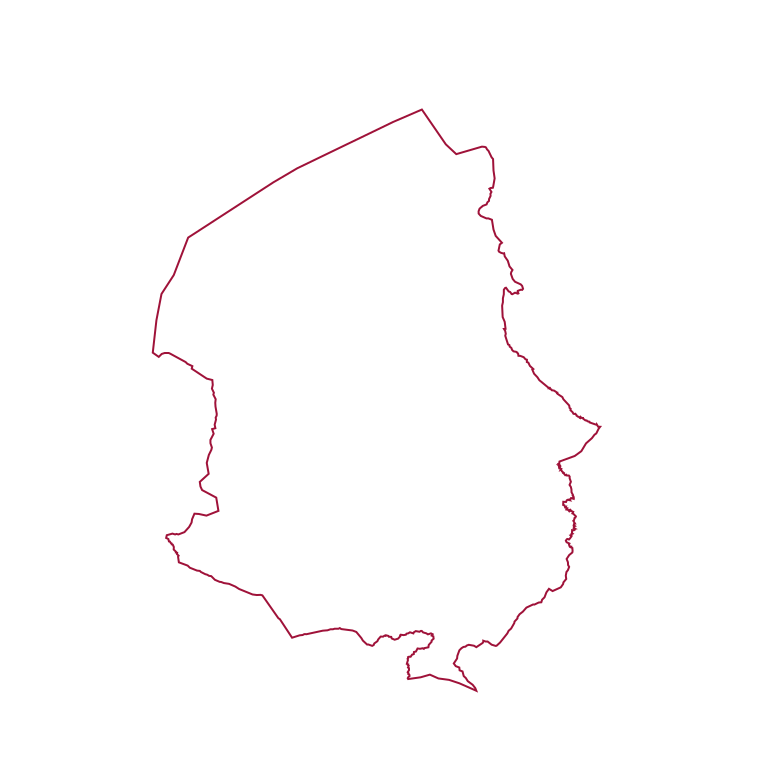 Pru East, Brong Ahafo, Ghana (Robinson projection), rotated 291°
{"feature_id": "2480657B24672710685383", "entity_name": "Pru East", "entity_type": "district", "adm_level": 2, "iso_a3": "GHA", "parent_name": "Ghana", "parent_adm1": "Brong Ahafo", "projection": "robinson", "projection_center": [-0.909, 8.134], "detail": "fine", "context": "isolated", "style": "outline", "palette": "rose", "viewbox_px": 768, "rotation_deg": 291, "n_neighbors": 0, "source": "geoboundaries", "source_scale": "gbopen_adm2", "svg_char_len": 6166}
<svg xmlns="http://www.w3.org/2000/svg" viewBox="0 0 768 768"><g transform="rotate(291 384 384)"><path d="M653.8,321.0L632.0,298.7L554.3,225.7L532.7,208.5L450.5,148.7L410.4,148.7L388.3,144.0L361.9,148.7L330.4,156.9L328.6,164.0L332.4,165.7L334.4,168.2L335.8,171.9L335.7,173.6L333.4,190.9L332.4,193.2L332.0,198.7L329.4,199.0L325.5,216.6L326.2,222.3L321.7,224.5L318.0,225.0L314.9,228.3L312.9,228.5L309.5,232.3L306.0,233.2L302.5,234.8L296.1,238.6L294.4,239.1L292.3,238.9L290.6,239.9L285.3,240.5L282.3,242.4L280.3,239.7L276.5,242.8L269.6,242.0L266.5,243.2L263.0,246.1L260.7,246.4L255.0,245.9L246.8,246.8L237.3,252.5L226.6,247.1L222.5,249.4L219.8,252.2L217.8,268.1L206.2,274.9L197.5,265.4L196.3,257.7L195.0,253.5L188.9,253.3L185.7,254.0L180.7,253.3L174.2,250.8L169.9,246.0L169.6,243.9L168.7,242.9L168.5,240.1L165.0,235.4L162.2,235.8L162.0,238.2L160.0,239.6L160.2,240.4L159.1,242.0L159.0,242.9L158.2,243.3L158.3,244.4L156.5,246.2L154.1,247.0L152.8,250.0L152.1,250.1L152.3,251.4L151.0,251.7L150.1,253.8L149.0,253.6L144.0,256.4L144.1,265.8L142.9,268.6L142.8,276.3L143.5,279.0L142.9,280.4L142.4,285.3L142.6,287.4L142.2,289.3L142.7,291.6L140.6,296.3L140.4,301.5L140.8,302.9L140.8,305.9L141.9,311.0L141.6,317.8L140.7,322.2L140.4,336.7L141.4,340.9L142.9,344.3L143.1,346.2L127.5,369.3L127.1,371.1L114.2,389.1L119.2,395.4L120.5,398.0L121.9,399.2L122.7,401.4L131.8,415.3L133.8,419.5L135.8,421.9L136.7,424.2L137.9,425.7L139.2,429.2L140.3,430.2L139.9,431.9L142.6,443.0L142.6,447.0L138.7,453.9L136.9,456.2L134.7,461.6L135.2,462.7L135.3,466.8L136.6,467.9L138.3,467.9L141.5,470.0L143.4,470.1L147.0,471.4L147.8,473.7L149.3,474.7L149.4,475.7L150.1,475.8L150.4,478.4L149.8,479.1L150.5,481.4L149.2,482.4L149.1,485.6L151.3,488.4L154.4,489.6L155.1,489.1L155.9,489.4L156.6,492.3L157.8,494.3L159.0,494.5L159.9,496.0L161.5,497.2L161.7,500.8L162.8,500.8L164.7,502.2L165.4,505.9L166.7,506.9L167.0,507.7L166.1,509.5L166.4,512.9L166.0,514.7L168.0,517.2L167.8,519.1L166.2,518.7L166.1,520.5L164.0,521.6L161.6,520.4L160.4,520.8L156.5,519.3L154.1,519.8L151.8,516.2L151.0,516.1L151.1,514.7L149.7,512.5L149.1,510.1L145.7,509.7L144.5,508.0L142.5,508.6L141.4,507.2L138.9,506.6L138.4,505.1L137.6,504.3L136.8,504.8L135.9,504.5L134.9,505.3L130.9,505.6L130.9,507.0L130.2,507.0L129.9,508.0L127.9,508.0L127.7,509.1L125.8,509.9L123.4,509.4L122.8,510.5L122.0,510.5L121.7,511.8L120.5,512.5L119.0,511.7L117.8,511.6L117.2,512.3L123.3,523.3L129.1,531.0L128.6,540.3L131.1,550.8L131.6,561.7L130.7,580.1L132.8,578.2L135.0,574.5L136.6,568.7L138.8,565.8L139.9,563.1L143.8,560.3L143.8,557.2L146.3,555.9L146.3,552.1L148.1,549.3L153.9,550.6L156.5,549.9L162.4,549.8L165.1,551.0L167.0,552.4L168.0,554.2L169.5,555.0L170.9,556.6L171.9,561.8L171.4,564.5L177.6,568.9L179.0,569.1L179.9,568.7L180.0,571.2L180.7,573.1L179.2,577.9L179.5,582.1L180.0,582.9L184.2,585.0L195.3,588.5L198.3,588.8L201.2,590.3L207.5,591.3L209.0,591.0L212.9,592.6L214.3,592.2L217.7,593.1L221.2,595.2L226.3,597.1L231.6,602.2L232.0,603.5L235.4,606.7L236.6,609.1L239.3,608.9L242.4,610.3L247.7,610.3L251.9,611.4L251.1,615.6L257.5,621.9L261.4,622.9L263.1,622.6L267.3,624.0L270.2,622.4L273.9,621.7L276.1,622.4L279.6,622.4L281.0,620.7L283.5,619.6L286.1,617.2L290.7,618.2L294.2,620.2L295.7,619.9L298.4,618.6L298.5,616.6L299.2,616.8L299.0,615.4L300.4,614.2L301.5,614.3L301.7,611.2L302.9,609.9L304.6,610.3L305.2,611.1L305.1,612.4L306.3,612.9L308.9,613.6L309.5,612.4L310.1,613.2L310.9,612.7L311.9,613.7L312.2,612.9L315.0,612.0L315.4,613.6L316.2,614.2L316.8,613.6L317.3,614.3L317.5,612.7L318.5,612.9L319.1,612.3L319.8,613.1L320.2,611.7L321.6,611.6L322.1,612.4L324.1,609.8L325.0,610.2L327.3,609.9L327.8,610.5L329.2,610.6L330.7,607.2L330.7,606.3L332.4,606.5L332.6,604.4L333.4,602.9L333.0,602.5L332.1,603.2L331.5,602.7L332.5,600.9L332.2,599.3L333.7,599.6L333.6,597.8L334.7,597.8L334.2,596.9L335.4,595.9L335.3,594.6L338.3,593.6L339.1,596.2L340.9,596.3L341.7,596.9L342.1,599.2L342.6,598.4L343.2,599.3L344.5,599.5L344.7,601.8L345.2,601.4L345.4,602.1L346.5,601.6L347.3,600.3L346.8,599.8L348.0,600.3L350.1,597.9L352.9,596.7L354.9,595.3L356.3,593.4L359.7,593.5L362.5,591.1L364.1,590.5L364.8,589.4L364.1,587.5L364.6,586.7L363.8,585.9L364.8,584.1L365.3,584.0L365.2,583.0L365.7,582.9L366.2,581.4L367.6,580.1L367.2,579.7L368.3,579.8L368.1,578.8L368.8,578.4L368.3,577.7L369.4,577.0L370.2,577.7L370.8,575.8L371.4,576.9L372.1,575.6L372.5,576.1L374.5,575.6L385.2,587.9L392.0,592.3L401.0,593.9L407.9,597.5L412.1,598.7L413.9,599.9L419.1,600.4L421.5,601.1L420.9,599.2L422.6,597.0L422.1,597.0L422.0,595.6L421.8,589.7L422.4,589.3L422.1,587.3L422.6,586.3L422.2,585.1L423.0,582.3L423.6,582.0L423.1,580.4L423.6,579.5L422.5,579.5L422.5,578.9L423.2,577.8L423.0,576.9L423.5,575.0L424.0,574.8L424.8,573.2L424.2,572.4L424.1,571.5L425.3,570.1L426.4,567.4L427.7,567.2L428.2,565.8L430.3,564.6L434.0,557.0L435.7,555.2L436.9,549.8L437.9,549.1L437.5,548.6L438.2,547.9L438.8,545.1L438.3,542.8L438.9,542.2L438.9,540.5L439.5,540.3L439.2,539.5L439.7,539.6L439.5,538.8L443.2,527.7L445.3,524.8L447.4,520.4L450.6,517.3L451.5,518.0L453.2,513.7L455.7,511.1L455.7,509.5L457.9,508.7L457.8,507.2L459.1,504.8L459.1,501.2L458.5,499.4L460.3,498.4L460.5,497.7L461.1,497.3L461.4,495.8L460.9,493.2L461.7,491.4L463.4,489.9L463.9,488.0L465.3,487.1L465.4,485.6L472.5,479.9L474.5,479.7L477.0,478.1L478.4,476.3L479.1,477.7L485.3,474.4L489.0,470.8L499.5,466.2L503.0,465.7L506.6,464.3L510.7,463.7L515.0,462.1L517.1,462.7L517.6,463.4L515.1,467.2L515.1,468.8L513.7,470.9L513.8,471.6L516.2,473.6L516.3,476.6L516.8,477.0L518.3,475.5L518.9,475.5L521.1,478.0L521.4,479.3L522.7,479.7L525.1,477.8L526.0,476.0L526.4,469.7L528.2,466.5L532.3,463.0L534.0,462.7L536.5,463.1L538.7,459.1L543.4,455.4L546.4,451.0L549.1,449.3L548.6,448.6L548.4,446.3L548.7,444.1L549.5,443.1L555.8,442.1L558.1,443.5L562.3,435.2L567.4,430.9L576.0,425.9L576.0,422.0L575.3,420.3L575.6,414.1L577.0,411.3L579.2,410.4L582.0,410.4L585.7,412.4L588.4,415.4L590.6,415.4L592.6,416.4L594.3,415.8L597.8,416.1L599.7,415.2L601.8,415.5L604.1,412.4L605.2,413.3L606.2,415.3L607.4,415.2L615.6,413.6L622.6,409.7L633.1,405.2L634.2,403.2L639.1,398.0L639.9,396.2L641.4,394.4L641.5,393.3L640.7,390.4L624.5,369.1L629.9,355.8L653.8,321.0Z" fill="none" stroke="#9f1239" stroke-width="2"/></g></svg>